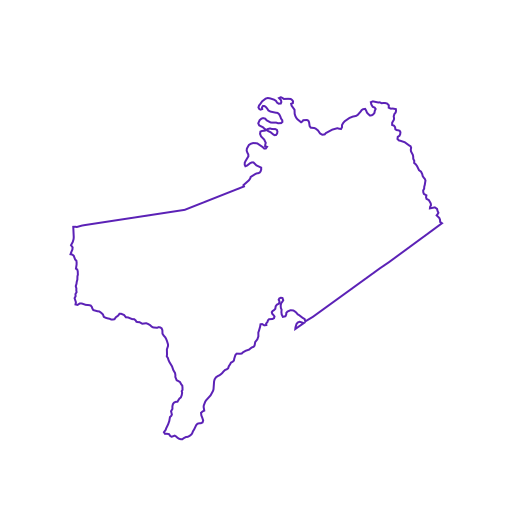 the district of Jaíba, Minas Gerais, Brazil, rotated 338°
{"feature_id": "56859067B83912683918054", "entity_name": "Jaíba", "entity_type": "district", "adm_level": 2, "iso_a3": "BRA", "parent_name": "Brazil", "parent_adm1": "Minas Gerais", "projection": "albers", "projection_center": [-43.684, -15.25], "detail": "fine", "context": "isolated", "style": "outline", "palette": "violet", "viewbox_px": 512, "rotation_deg": 338, "n_neighbors": 0, "source": "geoboundaries", "source_scale": "gbopen_adm2", "svg_char_len": 6116}
<svg xmlns="http://www.w3.org/2000/svg" viewBox="0 0 512 512"><g transform="rotate(338 256 256)"><path d="M336.5,118.2L337.5,120.7L337.2,122.7L336.1,123.9L334.1,123.3L333.0,121.7L332.6,119.6L331.3,117.8L328.2,115.2L326.1,113.9L323.9,113.7L319.6,114.9L316.7,116.8L315.2,117.6L313.9,119.2L314.1,120.9L315.0,122.0L316.8,122.1L317.2,120.5L318.7,119.5L320.1,120.2L321.0,121.7L321.6,123.6L322.0,125.7L323.5,127.5L327.8,130.4L329.6,131.4L330.6,133.3L330.8,135.8L330.7,138.0L331.2,140.0L330.7,141.6L329.1,142.2L326.2,141.2L324.7,139.9L321.2,138.5L319.6,137.7L316.7,134.2L316.0,132.1L314.2,130.8L312.5,130.7L310.3,131.4L307.8,133.8L307.9,136.1L310.7,139.3L311.6,141.3L312.8,143.0L311.2,143.1L308.3,142.3L306.7,142.3L305.5,144.3L305.5,147.0L307.2,151.1L307.4,154.8L306.5,155.9L305.6,157.5L307.1,158.9L305.4,160.0L303.9,159.5L303.0,157.5L299.4,152.1L297.6,151.1L295.6,150.2L293.3,150.0L291.0,150.4L287.8,153.0L286.8,154.8L286.7,157.0L286.9,158.9L286.3,160.7L281.8,164.1L280.5,165.3L279.7,167.2L279.8,168.8L281.6,168.8L285.5,167.7L287.3,167.7L288.7,168.3L290.3,172.1L293.9,176.0L293.2,177.8L291.9,179.3L290.7,180.0L289.3,180.1L287.7,179.7L286.3,179.7L280.7,180.7L279.6,182.0L277.7,183.2L270.9,185.6L270.9,187.0L207.2,186.5L108.4,163.1L106.1,162.6L100.7,162.0L99.4,161.2L97.5,160.5L94.1,170.2L93.2,172.0L91.4,174.3L88.5,176.7L89.2,179.3L88.2,181.2L85.9,183.5L84.7,184.9L86.2,185.9L87.1,187.5L87.0,191.6L87.7,193.0L87.3,194.7L86.4,196.8L84.3,200.3L85.2,201.5L85.0,203.4L83.8,206.7L82.9,207.8L81.5,211.0L80.1,212.8L79.1,214.6L77.6,216.4L77.3,218.8L76.5,220.6L76.1,222.3L74.3,223.7L73.7,225.7L72.0,227.1L71.7,231.4L70.5,233.3L72.2,234.5L74.9,234.0L76.7,234.8L79.8,237.5L82.8,239.0L84.2,240.0L84.7,241.7L84.6,243.4L84.9,245.2L88.4,247.9L89.9,248.7L91.2,250.7L92.2,252.9L92.1,255.4L93.4,256.9L95.0,258.2L96.8,259.4L98.0,260.7L99.5,261.3L101.1,261.6L103.1,260.3L105.9,259.6L107.8,258.4L109.4,259.1L111.6,261.3L112.4,264.1L114.3,265.0L117.5,268.1L119.4,269.0L120.3,270.7L120.5,272.2L121.8,273.1L123.1,273.6L125.2,276.2L129.0,277.2L130.4,278.5L131.9,280.4L132.8,282.4L133.9,283.7L137.4,285.5L139.1,285.5L140.5,286.4L141.4,287.7L141.4,289.7L140.2,293.0L140.6,295.2L141.4,297.4L141.6,299.0L141.6,301.5L141.3,305.0L140.7,306.5L138.4,309.2L136.6,314.0L135.7,315.6L136.1,317.6L135.9,319.8L136.0,321.9L136.8,326.9L136.6,330.8L137.1,334.2L136.6,336.4L135.9,337.9L135.9,341.5L137.1,342.8L138.3,344.4L138.6,347.0L139.1,348.5L138.6,350.3L137.7,352.6L136.5,353.5L136.3,355.1L135.0,357.2L133.3,359.0L131.6,359.5L130.0,360.6L128.6,361.7L126.7,361.1L124.9,361.3L123.5,362.2L122.2,364.0L121.2,366.5L119.1,368.1L118.6,371.5L117.5,372.5L115.9,373.1L113.8,376.5L111.5,379.1L108.1,382.2L107.2,383.3L104.6,384.9L105.0,386.8L106.9,387.5L108.6,388.6L109.1,390.8L110.1,392.0L113.3,392.1L114.3,393.4L115.1,395.1L116.1,396.5L117.3,397.5L118.9,398.3L121.0,397.8L123.3,397.6L124.9,398.1L127.1,397.9L129.4,397.2L130.7,396.2L131.9,394.9L133.7,393.6L137.2,390.4L138.9,389.6L140.5,389.8L142.3,390.4L144.1,390.3L145.4,388.7L145.6,385.8L145.6,383.3L146.3,380.8L148.3,380.1L150.1,380.0L150.9,376.3L151.6,375.0L154.4,372.0L155.7,371.1L161.7,368.2L165.7,364.9L166.7,363.6L170.2,356.5L171.4,354.9L173.4,353.5L175.6,353.0L177.5,352.9L179.4,352.4L180.8,351.9L182.6,350.9L184.6,350.1L186.4,350.1L188.1,349.7L189.5,348.0L191.3,346.8L192.8,345.5L194.7,345.3L196.3,344.7L197.4,343.0L199.8,340.1L201.4,339.3L204.8,340.7L206.2,341.1L207.9,340.4L209.5,340.2L211.0,340.0L214.6,340.2L216.3,339.6L218.1,339.2L219.7,339.3L221.0,338.6L221.9,337.3L223.0,335.5L226.0,333.8L228.1,331.4L229.5,327.8L230.5,326.7L233.4,323.0L234.6,321.0L236.2,321.4L237.7,323.4L239.7,323.9L240.1,322.4L242.0,321.4L242.9,320.2L244.4,319.5L247.7,320.6L249.4,320.4L250.5,319.0L250.0,317.1L249.4,315.6L249.6,314.0L250.8,313.2L252.2,313.0L254.1,312.2L255.4,310.0L257.2,308.9L259.4,308.8L260.8,306.9L260.6,305.1L261.7,304.1L263.4,304.0L264.8,304.9L264.7,307.2L263.4,308.2L261.5,309.3L260.2,311.5L259.6,313.5L259.6,315.4L258.5,317.6L257.9,319.9L258.1,322.5L260.7,322.9L262.1,321.6L262.8,320.1L264.4,319.3L267.6,319.2L268.9,319.8L270.2,320.5L271.1,321.7L272.1,323.5L272.8,325.7L273.9,327.1L276.0,330.7L277.5,332.7L277.2,335.1L286.0,333.7L366.8,313.7L376.7,311.6L440.7,295.3L439.5,293.4L440.2,291.3L440.2,289.4L438.7,286.0L440.1,285.2L441.3,284.3L441.2,282.3L441.5,280.1L440.0,277.9L435.1,277.0L435.8,275.7L437.3,274.4L437.7,272.7L437.2,268.9L435.5,266.9L435.7,265.1L436.7,263.6L434.9,261.3L435.0,259.5L435.6,257.8L437.1,256.6L438.0,254.7L439.1,253.3L441.4,249.5L441.4,247.7L440.9,246.3L440.5,244.5L440.8,242.2L440.6,239.6L439.3,237.5L439.0,233.1L438.5,230.9L437.5,229.0L438.4,227.0L438.2,224.9L439.0,222.6L439.3,221.0L438.9,217.1L439.3,215.5L440.4,213.7L440.4,212.1L439.5,211.0L436.5,206.2L433.1,203.3L431.8,202.4L431.0,200.5L432.1,198.6L434.0,198.3L435.3,197.1L436.3,195.3L436.1,193.7L434.9,192.7L433.5,191.9L432.7,190.7L433.2,188.7L432.8,186.9L431.3,185.5L432.2,183.4L434.9,181.3L435.6,180.0L436.0,178.1L437.5,176.2L439.2,175.3L440.2,173.9L440.7,172.2L438.0,170.5L436.2,169.9L434.6,168.2L435.6,166.0L434.7,163.8L433.3,162.7L431.6,161.9L429.7,161.4L428.3,159.9L426.9,159.5L422.3,156.4L420.1,156.4L419.7,158.7L420.1,161.4L421.6,162.8L422.0,164.5L420.6,165.8L419.4,167.7L417.7,168.6L416.2,168.9L414.3,168.5L413.4,166.7L412.6,164.7L412.6,162.6L412.3,160.5L410.3,160.0L408.6,160.3L407.3,161.2L403.1,163.3L401.2,163.6L397.9,163.0L394.4,163.0L388.7,164.3L386.7,165.3L384.8,166.8L384.0,168.8L382.4,170.1L380.7,169.1L379.3,168.0L374.1,167.4L366.8,168.2L365.2,169.0L362.9,168.4L361.3,166.4L360.5,162.8L359.0,160.2L358.0,159.2L354.8,157.5L354.4,155.6L355.3,151.9L355.2,150.1L354.2,149.0L350.7,147.8L349.3,148.6L347.9,148.9L345.6,144.7L345.1,143.0L344.9,141.1L345.1,138.7L346.5,134.8L345.3,129.9L345.6,128.0L347.5,128.0L348.3,126.4L347.9,124.9L347.0,123.4L344.7,122.3L340.6,120.8L339.8,119.5L338.5,118.1L336.5,118.2ZM312.8,143.0L314.4,142.7L316.8,143.0L318.3,144.2L321.5,145.6L322.6,146.9L322.5,148.6L321.5,150.3L319.9,151.3L318.4,150.9L317.4,149.5L315.9,146.7L314.4,145.1L312.8,143.0ZM275.2,336.1L271.8,333.3L269.8,333.3L268.1,334.2L265.9,336.9L265.1,338.4L275.2,336.1Z" fill="none" stroke="#5b21b6" stroke-width="2"/></g></svg>